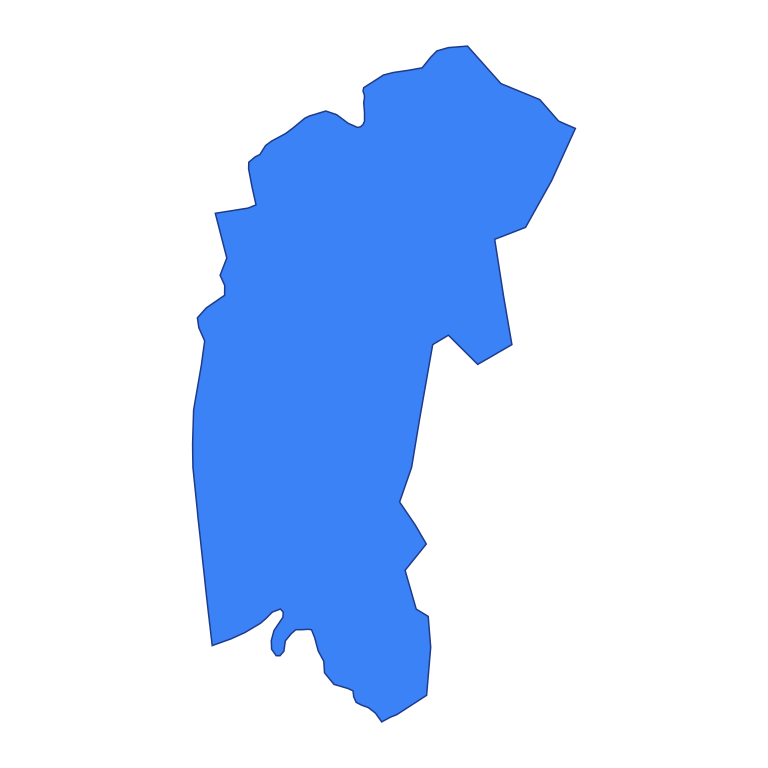 the district of Kubum, Southern Darfur, Sudan
{"feature_id": "16777658B37095470254890", "entity_name": "Kubum", "entity_type": "district", "adm_level": 2, "iso_a3": "SDN", "parent_name": "Sudan", "parent_adm1": "Southern Darfur", "projection": "robinson", "projection_center": [23.862, 11.742], "detail": "fine", "context": "isolated", "style": "filled", "palette": "blue", "viewbox_px": 768, "rotation_deg": 0, "n_neighbors": 0, "source": "geoboundaries", "source_scale": "gbopen_adm2", "svg_char_len": 2086}
<svg xmlns="http://www.w3.org/2000/svg" viewBox="0 0 768 768"><path d="M561.5,122.4L558.5,121.0L539.8,99.6L500.9,83.6L467.5,46.1L448.4,47.6L436.9,50.9L430.8,57.1L422.2,67.8L409.0,70.2L393.3,72.5L383.5,75.0L363.7,87.7L363.0,91.1L364.3,94.8L364.5,97.6L363.7,102.5L364.5,112.5L364.5,121.2L363.0,124.6L360.4,126.9L357.4,127.4L348.0,123.2L336.7,114.7L325.8,111.0L309.4,116.0L304.8,118.2L293.5,127.6L285.5,133.6L271.7,141.0L265.6,145.5L259.9,154.5L255.1,156.9L248.8,162.2L248.6,168.8L251.9,186.3L252.5,189.1L255.3,201.6L256.0,204.9L248.0,208.1L217.7,212.9L215.3,213.3L226.8,258.0L220.1,275.3L221.3,277.9L224.7,285.4L224.7,287.1L224.6,295.3L221.2,297.6L212.8,303.4L206.3,307.9L203.5,311.0L197.4,317.8L198.1,322.7L198.8,327.6L204.7,341.0L203.0,353.0L201.4,364.9L194.5,404.7L193.6,410.2L192.6,443.5L192.7,454.0L192.8,459.4L192.9,464.4L192.9,467.3L193.3,471.0L196.6,503.4L197.3,510.0L197.9,516.8L199.6,532.4L199.8,533.8L201.5,549.8L202.0,554.2L202.3,557.3L204.3,575.4L205.6,587.9L205.9,590.5L206.1,592.4L206.6,597.2L206.8,598.6L208.4,612.9L208.6,614.8L209.2,619.4L209.4,621.7L209.6,623.4L210.1,627.0L210.2,627.8L210.3,629.3L210.4,630.4L210.5,630.7L210.7,632.5L210.9,634.6L211.0,634.9L211.0,635.1L211.1,636.4L211.2,637.3L211.3,638.1L211.4,638.3L211.4,638.6L211.6,640.1L211.8,642.5L211.9,642.8L211.9,643.1L212.0,643.6L212.1,644.6L212.2,645.2L212.2,645.6L230.9,638.9L245.0,632.5L260.4,623.3L266.0,618.5L272.3,612.1L280.4,609.0L283.2,612.1L282.9,617.3L278.3,624.1L274.0,630.5L271.3,640.5L271.6,649.2L276.2,655.7L280.0,655.7L283.9,651.2L285.3,640.9L291.2,633.7L295.8,629.7L302.1,629.7L307.8,629.3L311.5,629.7L314.7,637.7L318.2,650.9L323.8,661.3L324.5,672.8L334.0,684.4L347.7,688.4L353.0,690.8L353.7,696.8L356.2,702.4L361.7,705.2L368.4,707.6L375.5,713.2L381.7,721.9L390.3,717.2L396.7,714.7L426.6,695.3L430.7,647.3L428.2,616.4L416.2,609.1L405.1,570.3L426.3,544.0L415.3,525.1L399.6,502.0L411.6,467.4L419.7,418.5L432.7,344.6L448.4,335.2L477.7,364.4L511.9,344.6L503.6,296.4L494.7,239.3L525.6,227.3L551.5,180.9L575.4,128.4L569.3,125.8L561.5,122.4Z" fill="#3b82f6" stroke="#1e3a8a" stroke-width="1.5"/></svg>